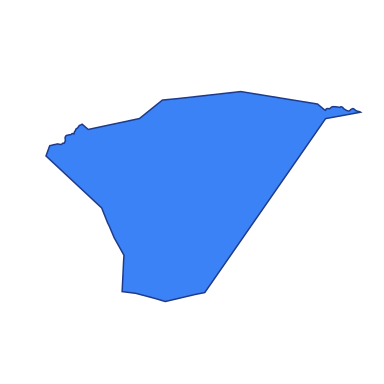 San Pedro Jaltepetongo, Oaxaca, Mexico (orthographic projection), rotated 11°
{"feature_id": "50627088B194314119844", "entity_name": "San Pedro Jaltepetongo", "entity_type": "district", "adm_level": 2, "iso_a3": "MEX", "parent_name": "Mexico", "parent_adm1": "Oaxaca", "projection": "orthographic", "projection_center": [-97.045, 17.683], "detail": "fine", "context": "isolated", "style": "filled", "palette": "blue", "viewbox_px": 384, "rotation_deg": 11, "n_neighbors": 0, "source": "geoboundaries", "source_scale": "gbopen_adm2", "svg_char_len": 1585}
<svg xmlns="http://www.w3.org/2000/svg" viewBox="0 0 384 384"><g transform="rotate(11 192 192)"><path d="M342.2,81.5L341.4,81.2L338.9,81.1L337.1,80.7L334.7,79.4L334.2,79.4L333.7,79.5L332.1,80.8L331.3,82.1L330.5,82.5L329.9,82.7L329.4,82.6L328.3,82.5L324.6,81.1L324.2,80.5L323.8,80.2L322.7,79.9L321.9,79.9L320.9,80.7L316.6,80.9L313.5,81.5L312.6,82.2L311.4,83.9L308.6,84.3L307.8,85.0L307.5,86.3L306.6,86.2L298.5,81.7L220.7,84.1L191.3,93.3L160.6,102.9L145.4,107.4L126.4,129.9L78.2,150.4L71.2,146.4L69.8,147.6L68.8,148.1L68.3,149.0L68.0,149.7L67.9,150.2L67.5,150.9L67.2,151.3L66.6,151.7L66.4,151.9L66.2,152.2L66.0,152.7L65.9,153.2L65.8,154.0L65.5,154.6L65.2,155.2L65.1,155.7L65.1,156.3L65.1,156.9L65.1,157.2L65.1,157.4L64.9,157.5L64.7,157.4L64.4,157.3L63.8,157.3L63.5,157.5L62.9,157.8L62.6,158.3L62.1,158.8L61.7,159.0L61.2,159.2L60.6,159.2L60.3,159.3L60.0,159.6L59.5,159.8L58.6,160.2L58.0,160.4L57.6,160.8L57.3,161.5L57.1,162.2L57.0,162.8L57.2,163.4L57.4,164.1L57.6,164.8L57.8,165.5L57.8,166.5L57.5,167.4L57.3,168.0L57.2,168.5L56.6,168.7L56.1,168.7L55.9,168.7L55.7,169.0L55.5,169.3L55.0,169.8L54.7,170.1L54.4,170.4L53.8,170.4L53.2,170.5L52.8,170.5L52.3,170.4L51.7,170.4L50.8,170.5L49.9,170.8L49.4,171.1L48.9,171.4L48.6,171.5L48.0,171.6L47.5,171.9L46.8,172.1L46.2,172.5L45.1,173.0L44.3,173.4L43.6,173.6L43.4,174.3L41.8,184.5L106.4,224.9L115.0,238.3L117.6,241.7L124.3,251.7L137.3,267.1L138.1,273.3L139.7,284.2L139.8,285.0L140.1,287.0L142.4,303.1L156.2,302.2L175.4,303.5L186.7,304.6L214.4,292.1L223.7,288.3L309.1,94.5L342.2,81.5Z" fill="#3b82f6" stroke="#1e3a8a" stroke-width="1.5"/></g></svg>